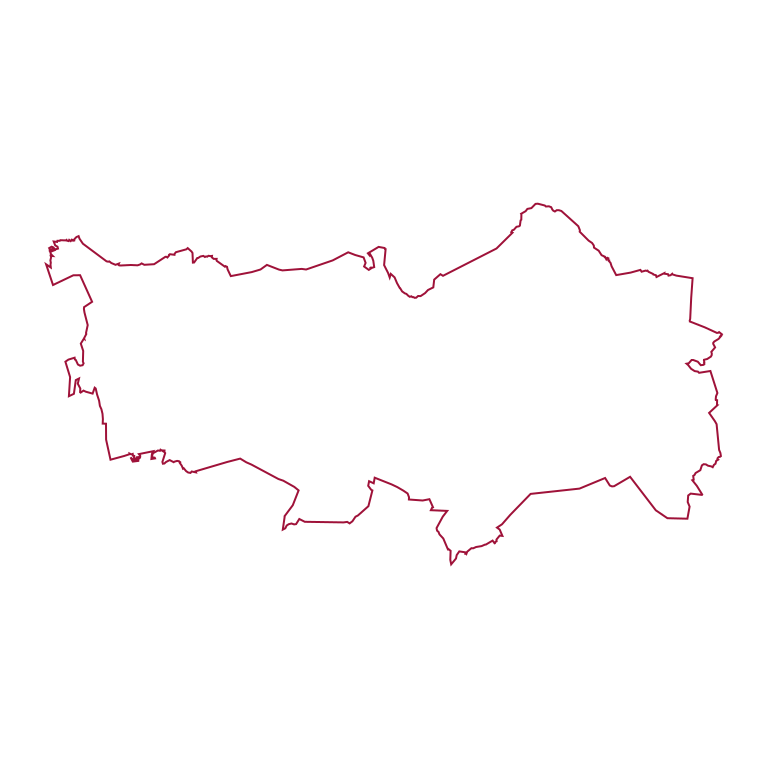 outline of Comonfort, Guanajuato, Mexico
{"feature_id": "50627088B51678062677141", "entity_name": "Comonfort", "entity_type": "district", "adm_level": 2, "iso_a3": "MEX", "parent_name": "Mexico", "parent_adm1": "Guanajuato", "projection": "orthographic", "projection_center": [-100.8, 20.737], "detail": "fine", "context": "isolated", "style": "outline", "palette": "rose", "viewbox_px": 768, "rotation_deg": 0, "n_neighbors": 0, "source": "geoboundaries", "source_scale": "gbopen_adm2", "svg_char_len": 6042}
<svg xmlns="http://www.w3.org/2000/svg" viewBox="0 0 768 768"><path d="M716.6,424.2L714.9,421.2L709.1,412.9L717.4,405.2L717.0,405.1L717.1,400.2L715.8,400.0L715.7,399.4L716.0,396.3L717.4,393.0L710.4,371.0L699.1,372.8L697.9,371.6L694.7,371.1L691.1,368.8L688.2,365.1L686.6,363.7L688.7,363.3L691.6,360.0L693.2,360.0L697.8,361.7L700.8,365.2L703.6,364.8L704.4,364.0L704.0,362.8L704.4,362.2L703.9,360.6L704.0,359.8L707.2,359.0L710.9,356.6L711.7,355.1L711.8,353.5L711.3,351.9L715.1,347.4L713.2,343.8L713.3,342.7L714.3,341.5L718.6,338.9L721.0,336.1L720.5,336.0L721.9,334.3L719.1,332.1L718.1,332.8L716.9,332.9L704.7,327.3L689.1,321.2L689.6,321.2L690.2,318.7L691.2,297.8L692.6,278.2L676.3,275.6L672.5,274.4L672.2,273.8L670.6,275.2L668.5,275.6L668.0,274.2L664.2,273.7L664.3,273.1L656.5,277.0L655.9,275.2L653.3,274.5L653.0,273.9L648.5,271.8L647.5,270.6L646.6,270.9L645.6,270.6L641.6,271.7L640.4,269.9L630.6,272.6L616.2,275.1L611.6,266.3L610.5,262.8L608.7,260.8L609.0,260.4L608.3,260.1L608.4,258.3L607.3,257.8L606.3,259.3L605.5,257.7L604.8,257.3L604.9,256.7L601.6,255.2L598.7,250.7L594.0,247.6L593.8,245.5L592.1,243.0L588.6,240.6L579.7,231.7L579.9,230.2L578.3,226.2L561.4,211.0L558.9,210.2L556.7,210.2L554.9,211.5L553.3,210.7L552.3,209.5L551.2,207.2L548.9,206.3L545.9,206.5L544.8,205.5L537.8,203.7L535.5,203.9L531.4,208.1L527.4,208.9L525.6,211.2L521.1,213.8L521.4,214.3L521.3,219.7L520.6,220.4L519.9,225.6L519.0,226.3L516.5,226.8L513.8,229.8L512.3,230.3L511.3,232.1L512.5,232.7L496.5,248.5L443.0,275.8L440.4,274.2L434.2,279.6L433.3,287.4L428.0,290.0L425.1,293.1L420.6,296.1L418.1,296.0L416.2,297.7L414.5,297.8L413.6,297.1L412.3,297.1L411.4,296.3L409.8,296.8L408.3,295.8L406.4,293.9L404.9,293.4L402.1,291.4L400.1,288.1L399.8,288.1L397.0,283.1L394.6,277.4L390.8,273.9L389.7,277.5L388.1,273.0L384.1,265.1L385.6,249.2L385.0,249.1L384.6,248.0L378.6,246.9L367.9,253.3L369.7,255.5L370.2,254.3L372.2,257.7L373.3,260.8L374.2,267.1L372.1,267.8L371.0,267.5L370.6,267.7L371.1,268.4L368.8,269.9L364.1,266.5L365.6,262.9L363.6,257.4L355.2,255.0L348.2,252.3L332.7,260.4L306.1,269.5L301.7,268.9L282.5,270.4L279.0,269.6L266.9,264.9L260.5,269.5L251.7,272.1L230.8,276.1L227.6,269.4L227.0,266.8L225.4,266.1L224.9,266.7L216.8,260.9L216.4,259.9L216.6,258.9L213.7,258.9L211.8,257.3L212.0,255.9L210.6,256.1L208.4,255.8L207.2,256.7L206.1,256.4L204.9,257.0L203.4,255.9L200.4,256.5L198.1,258.0L197.3,258.0L194.1,262.5L192.9,262.6L192.5,253.0L191.5,251.5L187.7,248.1L186.4,249.3L175.9,252.2L174.6,253.8L174.5,254.8L169.9,254.2L169.0,254.9L169.1,255.5L167.4,257.5L166.4,256.8L165.4,256.8L154.1,264.2L144.3,264.8L141.6,263.4L140.0,264.5L137.6,265.3L130.8,265.0L120.6,265.5L119.2,265.4L118.3,264.7L118.8,263.6L115.5,264.8L111.3,263.0L109.3,261.4L108.2,261.7L106.5,261.3L82.9,243.7L79.5,238.7L78.6,236.1L76.5,237.0L74.5,239.0L74.3,240.3L73.0,240.0L73.1,240.6L72.1,240.5L71.6,239.9L70.7,241.1L69.2,239.9L68.6,241.1L66.8,240.6L66.5,239.9L65.7,240.4L60.3,240.2L59.8,240.8L57.4,240.8L57.1,241.9L53.7,241.5L55.2,245.4L57.5,246.7L58.0,248.6L55.2,249.4L53.0,247.2L51.6,246.7L49.2,248.1L49.6,248.7L49.7,250.2L53.3,248.4L54.3,249.2L54.8,250.1L50.2,251.9L51.0,254.2L52.8,256.0L50.7,255.8L51.1,257.2L50.4,260.4L50.8,262.7L50.5,264.7L50.8,267.5L46.1,264.3L53.0,285.0L73.3,275.3L80.1,275.2L92.1,301.8L84.1,307.1L83.9,308.9L84.5,312.6L87.7,325.1L86.0,333.1L86.3,334.0L84.1,338.2L84.3,338.9L83.9,338.6L80.8,343.6L83.2,350.9L82.9,361.7L83.6,363.3L82.6,365.2L80.1,365.7L77.9,364.5L75.8,360.0L74.9,359.5L74.6,357.7L68.4,359.6L65.4,361.7L70.1,377.1L68.9,396.2L73.9,393.8L75.8,380.1L79.0,378.5L77.8,383.7L80.3,388.5L80.1,392.2L80.6,392.6L83.5,390.6L85.8,391.7L92.6,393.6L94.7,387.7L95.7,388.5L97.1,394.6L99.1,400.7L99.9,405.9L101.4,409.2L102.5,413.8L102.9,419.1L102.7,423.6L106.0,423.7L106.1,439.6L110.5,459.7L124.1,456.0L129.6,454.2L129.5,453.5L131.4,454.4L132.7,453.9L133.0,455.7L134.2,455.9L134.0,457.6L134.9,460.3L133.6,460.2L130.6,457.4L132.8,461.6L136.7,461.1L136.1,458.5L136.6,457.3L138.4,457.1L138.6,457.8L137.9,458.6L137.5,461.0L138.3,460.9L138.4,459.0L139.9,457.8L140.2,456.9L140.2,455.7L138.9,454.1L153.2,451.2L152.4,452.4L151.8,454.9L151.4,459.0L155.0,458.4L154.7,457.7L152.2,457.2L152.0,456.2L152.9,453.3L157.9,450.5L160.0,450.8L160.5,449.7L162.3,450.8L162.1,450.4L164.5,450.5L164.4,452.0L165.2,453.1L162.4,461.9L162.9,463.7L164.4,463.5L166.0,462.0L169.7,460.1L173.7,462.2L174.3,461.7L177.1,460.9L179.0,461.2L180.2,462.2L179.7,462.8L181.7,465.6L183.0,468.7L183.7,468.2L186.1,471.1L188.1,472.5L190.5,472.9L191.7,471.5L196.0,472.4L195.6,471.3L227.1,462.0L240.2,458.6L246.3,462.3L251.5,464.6L278.4,479.0L283.3,480.7L294.3,486.9L298.6,490.4L292.8,505.2L284.2,516.7L284.7,516.4L282.8,529.6L285.3,528.3L286.7,525.5L288.7,524.2L291.5,523.5L294.1,524.4L296.1,524.1L299.3,519.0L304.8,521.8L343.6,522.4L347.2,521.9L349.6,523.4L352.4,521.3L355.5,516.7L357.9,515.5L368.4,506.2L372.4,490.4L371.2,489.8L368.2,485.8L369.1,481.2L373.7,483.3L374.7,477.7L391.6,484.4L397.3,487.1L403.3,490.6L407.6,493.5L409.0,497.2L408.9,499.5L422.7,500.5L429.4,499.2L433.0,507.3L432.1,507.7L430.9,510.2L447.2,510.9L442.8,516.6L436.6,528.0L436.6,528.5L437.1,530.7L438.5,531.9L439.5,534.4L443.3,538.5L447.8,549.1L448.0,549.4L448.4,549.0L450.6,550.8L450.3,559.9L451.2,564.3L456.0,558.5L456.7,555.1L459.3,551.4L465.2,552.3L465.3,553.7L465.7,553.6L466.3,554.1L467.2,551.7L471.4,548.2L473.2,548.3L476.1,547.0L481.6,546.1L485.0,544.6L485.8,544.6L492.6,540.6L494.6,543.3L494.9,543.2L495.6,541.7L496.6,541.3L496.5,539.5L499.7,535.6L502.4,535.9L499.7,529.6L497.0,527.6L502.0,524.3L510.4,514.7L530.6,493.9L579.5,488.6L605.1,478.0L609.8,485.5L612.0,486.4L614.1,486.2L630.1,476.8L655.8,510.3L667.4,518.2L687.4,518.7L689.6,506.6L687.7,502.0L688.2,495.5L690.7,493.6L701.9,494.9L702.2,494.5L696.8,485.8L692.3,480.2L693.7,479.7L693.2,475.9L694.5,475.0L695.6,473.0L700.3,470.2L701.9,465.4L703.6,464.2L705.9,464.4L708.0,465.7L711.3,466.4L712.7,467.2L713.9,464.9L715.5,463.7L716.2,460.9L718.1,459.7L717.4,459.2L717.6,458.2L718.6,457.1L720.0,456.8L720.9,456.1L720.4,453.0L719.1,449.9L716.6,424.2Z" fill="none" stroke="#9f1239" stroke-width="2"/></svg>